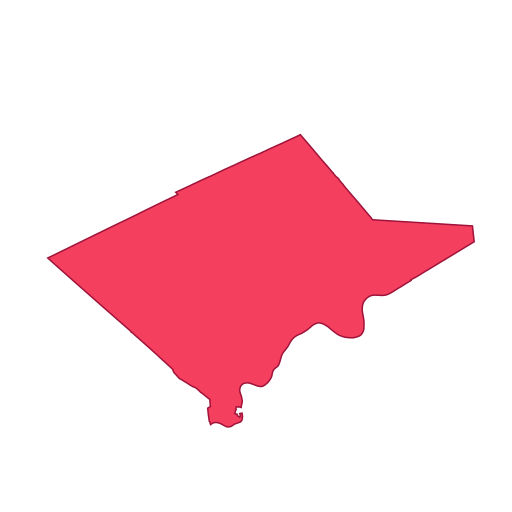 Eemnes, Utrecht, Netherlands (orthographic projection), rotated 39°
{"feature_id": "6326949B88613917422763", "entity_name": "Eemnes", "entity_type": "district", "adm_level": 2, "iso_a3": "NLD", "parent_name": "Netherlands", "parent_adm1": "Utrecht", "projection": "orthographic", "projection_center": [5.28, 52.255], "detail": "fine", "context": "isolated", "style": "filled", "palette": "rose", "viewbox_px": 512, "rotation_deg": 39, "n_neighbors": 0, "source": "geoboundaries", "source_scale": "gbopen_adm2", "svg_char_len": 6095}
<svg xmlns="http://www.w3.org/2000/svg" viewBox="0 0 512 512"><g transform="rotate(39 256 256)"><path d="M405.3,96.4L375.5,117.6L344.1,140.0L329.1,150.7L324.0,154.3L323.8,154.4L322.7,154.2L318.9,153.3L318.0,153.3L315.7,152.7L314.3,152.6L313.4,152.3L307.6,151.2L300.8,149.9L299.3,149.6L295.8,149.0L289.1,147.8L282.6,146.6L281.5,146.3L279.5,145.9L279.1,145.7L277.5,145.4L276.8,145.3L275.3,145.0L272.9,144.6L272.0,144.0L269.5,143.8L268.9,144.0L267.6,143.8L264.4,143.2L263.7,142.8L262.8,142.9L261.5,142.6L256.8,141.7L254.3,141.2L248.8,140.3L247.6,140.1L236.1,137.9L226.2,136.0L222.8,135.4L214.1,133.8L213.8,134.4L213.7,134.8L213.1,135.9L211.9,138.5L207.4,147.6L206.0,150.5L205.0,152.6L202.1,158.2L200.9,160.8L200.3,161.8L194.9,173.0L194.4,174.1L193.6,175.5L192.7,177.2L191.8,179.0L190.6,181.4L189.6,183.3L187.4,187.8L185.6,191.4L184.6,193.4L183.8,195.0L183.2,196.4L182.0,198.9L181.7,199.5L181.3,200.2L180.6,201.6L177.5,207.7L174.3,214.4L172.5,218.3L172.1,219.1L170.4,222.6L170.1,223.1L169.6,224.0L169.4,224.3L169.0,225.2L165.3,232.6L163.3,236.9L162.2,239.0L160.7,242.3L154.1,255.8L153.5,257.0L156.6,257.4L155.5,259.8L150.9,269.5L146.1,279.7L145.0,282.1L144.6,283.0L143.1,286.2L141.9,288.7L140.6,291.6L138.6,295.9L137.6,298.2L134.3,305.3L132.2,309.8L128.9,316.7L124.3,326.5L119.5,336.8L118.5,338.9L112.7,351.4L112.2,352.6L110.0,357.3L107.7,362.2L105.3,367.4L105.0,368.1L103.3,371.7L95.4,388.6L100.7,388.9L108.9,389.3L133.7,390.4L167.3,391.8L187.7,392.6L206.2,393.3L206.9,393.4L207.1,393.8L208.0,393.5L208.4,393.5L213.6,393.8L219.4,394.0L221.5,394.1L223.3,394.2L227.8,394.4L243.2,395.2L244.6,395.4L252.4,395.8L257.2,396.1L261.2,396.4L262.9,396.6L263.3,397.0L264.0,397.5L265.0,397.9L265.6,398.2L266.4,398.3L270.7,399.0L273.3,399.4L274.1,399.4L276.3,398.9L276.7,398.9L283.5,398.0L285.6,397.8L287.2,397.6L289.1,397.3L289.6,397.2L291.6,396.4L291.8,396.4L292.3,396.4L294.5,396.4L295.7,396.4L297.3,396.6L298.8,396.8L299.5,396.7L301.1,396.6L301.4,396.6L302.9,396.6L306.8,396.6L308.6,396.6L310.5,396.5L310.9,397.1L311.7,398.0L312.7,399.0L313.9,400.3L315.3,401.7L315.3,401.9L314.6,403.3L314.2,404.7L318.8,409.3L322.9,413.1L323.6,413.8L324.8,414.2L326.8,415.6L327.4,413.6L327.6,413.1L327.9,412.5L328.3,412.0L329.0,411.2L329.6,410.6L329.9,410.4L331.7,409.4L332.9,408.9L333.4,408.7L334.8,408.4L336.9,408.0L339.6,407.5L340.6,407.2L340.8,407.1L341.3,406.9L341.5,406.7L342.2,406.1L342.7,405.6L343.1,405.2L343.4,404.7L343.9,404.1L344.0,403.8L344.1,403.6L345.0,400.6L345.1,400.2L345.2,399.9L345.3,399.8L345.6,399.4L346.5,397.9L347.2,396.7L348.0,395.4L348.3,394.9L348.4,394.7L348.4,394.4L348.5,393.7L348.4,392.9L348.4,392.6L348.3,392.3L348.1,391.8L347.9,391.4L347.4,390.5L346.9,389.8L346.5,389.1L346.2,388.8L345.6,388.3L344.0,386.9L342.5,388.7L343.1,389.1L343.9,389.6L344.2,389.9L344.3,390.0L344.6,390.4L344.7,390.8L344.8,391.2L344.8,391.4L344.6,391.3L343.8,391.5L343.1,391.7L342.7,391.8L342.4,391.8L342.3,391.7L341.7,391.4L341.2,391.0L340.9,390.8L338.7,391.8L337.5,389.2L337.4,388.5L337.3,388.1L337.3,387.9L337.2,387.9L336.9,387.9L336.7,387.3L336.6,387.2L336.2,387.0L336.0,386.3L335.6,385.5L337.2,384.6L337.1,384.4L337.3,384.2L337.6,383.9L338.0,383.8L339.8,383.1L339.5,382.6L338.9,381.6L338.0,379.7L337.6,378.9L337.3,378.5L337.2,378.2L336.6,377.4L336.2,377.0L335.1,376.0L333.5,374.6L333.0,374.3L332.4,373.9L332.0,373.6L330.8,372.9L329.7,372.2L328.7,371.5L328.4,371.2L328.1,370.8L327.6,370.2L327.1,369.5L326.7,368.7L326.4,368.1L326.3,367.5L326.1,366.8L326.0,366.1L326.0,365.7L326.0,365.2L326.1,364.6L326.2,364.2L326.2,363.9L326.5,363.3L326.9,362.5L327.1,362.1L327.3,361.9L327.9,361.2L328.6,360.5L329.3,359.9L329.8,359.5L330.1,359.4L330.6,359.1L332.6,358.2L333.0,358.1L335.3,357.3L338.4,356.3L339.8,355.7L340.2,355.4L341.2,354.9L341.7,354.6L341.9,354.5L342.5,353.8L343.0,353.3L343.3,352.8L343.5,352.3L343.9,351.2L344.2,350.4L344.4,349.2L344.5,348.6L344.7,347.6L344.8,346.6L344.8,345.9L344.8,345.0L344.8,344.4L344.7,343.4L344.7,343.0L344.5,341.8L344.1,340.2L343.8,339.3L342.0,335.8L341.9,335.5L341.6,334.7L341.5,334.4L341.4,333.7L341.4,333.0L341.4,332.7L341.4,332.3L341.4,332.0L341.5,331.4L342.2,328.4L342.2,328.1L342.3,327.6L342.3,327.4L342.2,326.9L342.2,326.5L342.1,326.2L341.8,325.1L341.6,324.4L341.3,323.8L340.7,322.2L339.5,319.4L339.0,318.2L338.7,317.6L338.5,317.0L338.3,316.2L338.1,315.2L337.9,314.5L337.9,313.8L337.9,313.2L337.9,312.2L337.8,307.4L337.7,306.0L337.5,304.8L337.0,302.3L336.8,300.9L336.7,299.6L336.6,298.9L336.6,298.2L336.7,296.6L336.8,295.6L336.9,295.2L337.2,293.9L337.7,292.3L338.2,291.2L338.9,289.7L339.5,288.7L340.3,287.0L340.7,285.9L341.0,285.1L342.0,282.2L342.2,281.5L342.5,280.6L342.5,280.2L342.6,279.5L343.0,277.8L343.4,275.4L343.5,274.8L343.7,274.0L344.0,273.0L344.2,272.5L344.8,271.4L345.2,270.6L345.7,269.8L346.0,269.3L346.2,269.0L346.7,268.6L347.4,268.1L347.8,267.8L349.1,267.2L350.4,266.7L351.6,266.4L352.2,266.2L354.1,266.0L356.5,265.7L357.0,265.7L361.7,265.8L365.9,265.7L367.5,265.6L369.0,265.5L370.5,265.2L371.3,265.0L373.1,264.4L374.8,263.8L375.1,263.7L377.3,262.5L378.8,261.5L379.8,260.9L382.0,259.2L382.7,258.7L383.1,258.3L383.9,257.3L384.8,256.2L385.2,255.6L386.5,253.4L386.6,253.2L386.8,252.8L387.0,251.9L387.2,251.1L387.3,250.8L387.3,250.4L387.2,249.9L387.1,248.7L386.9,247.8L386.7,246.9L386.5,246.5L386.2,245.6L385.9,245.1L385.3,244.2L384.3,242.9L383.9,242.4L382.9,241.1L382.2,240.2L380.9,238.7L380.2,238.0L378.2,236.2L374.6,233.1L373.5,232.1L373.0,231.5L372.5,231.0L371.6,229.9L371.1,229.2L370.6,228.4L370.1,227.7L369.8,227.2L369.6,226.6L369.3,226.0L369.1,225.5L368.7,224.3L368.6,223.8L368.5,222.9L368.5,221.9L368.5,221.5L368.5,220.5L368.6,219.1L368.7,218.6L369.0,217.5L369.4,216.3L369.5,216.0L369.9,215.3L370.1,214.9L370.7,214.0L371.0,213.5L371.4,213.0L371.7,212.7L372.8,211.8L373.1,211.5L376.5,209.0L378.7,207.4L379.4,206.8L380.3,205.9L380.6,205.6L381.4,204.7L381.9,204.0L382.3,203.4L382.6,202.8L383.1,201.8L383.4,201.2L384.1,199.5L385.3,196.3L385.4,196.0L385.4,195.8L387.2,190.6L388.0,188.6L389.5,184.1L391.9,177.4L391.3,177.1L393.9,170.9L394.7,168.7L396.7,162.9L398.5,158.1L399.3,155.8L416.6,107.6L405.3,96.4Z" fill="#f43f5e" stroke="#9f1239" stroke-width="1.5"/></g></svg>